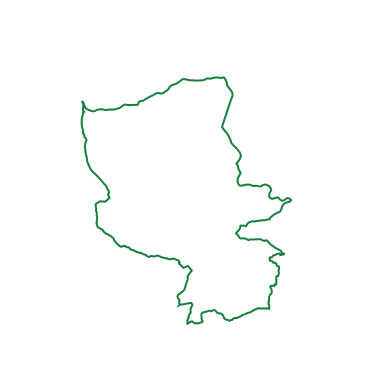 Nadrag, Timis, Romania, rotated 232°
{"feature_id": "2599482B73487370239744", "entity_name": "Nadrag", "entity_type": "district", "adm_level": 2, "iso_a3": "ROU", "parent_name": "Romania", "parent_adm1": "Timis", "projection": "mercator", "projection_center": [22.192, 45.643], "detail": "fine", "context": "isolated", "style": "outline", "palette": "green", "viewbox_px": 384, "rotation_deg": 232, "n_neighbors": 0, "source": "geoboundaries", "source_scale": "gbopen_adm2", "svg_char_len": 5992}
<svg xmlns="http://www.w3.org/2000/svg" viewBox="0 0 384 384"><g transform="rotate(232 192 192)"><path d="M276.5,264.8L281.6,258.9L284.9,256.2L286.3,254.7L286.7,253.9L286.8,248.2L287.1,245.6L288.3,242.7L288.6,241.8L288.6,240.9L288.5,239.2L287.4,235.9L287.4,234.1L287.9,229.5L288.2,228.7L290.5,226.6L291.6,224.9L291.9,224.2L292.4,220.2L293.8,213.4L293.9,210.2L295.5,207.0L295.7,206.2L295.6,205.4L294.2,203.4L294.6,202.1L297.4,198.6L299.3,195.8L301.2,193.9L302.2,192.9L302.5,192.2L302.7,191.0L302.6,188.7L302.8,186.5L304.7,181.9L306.0,179.8L307.8,177.9L309.4,174.8L310.0,174.0L311.9,172.7L312.9,171.7L313.6,170.6L314.8,168.6L316.0,164.4L317.2,163.0L321.0,160.7L322.3,160.1L324.3,159.9L328.0,161.0L331.5,161.6L329.9,160.8L327.5,160.2L326.4,158.8L325.4,158.3L324.9,157.4L324.1,156.6L322.5,156.3L321.6,156.4L321.5,156.2L321.9,155.5L320.1,153.6L319.0,151.9L318.1,150.8L316.1,149.0L312.3,146.1L306.8,143.6L306.2,143.2L305.5,142.2L304.8,142.5L304.2,142.5L303.1,142.2L301.7,141.2L300.5,141.3L298.4,141.1L297.6,140.5L297.2,139.5L295.9,137.9L295.7,137.3L294.9,136.8L294.1,135.7L293.2,135.2L292.4,134.8L288.9,132.5L285.2,130.9L279.8,127.9L278.2,127.7L276.4,126.9L275.2,126.8L273.6,126.4L271.8,126.2L269.5,126.2L262.0,127.3L253.4,127.8L252.3,127.7L249.9,128.0L246.4,127.2L243.8,126.9L242.4,126.0L242.0,124.5L241.1,124.1L239.0,123.7L238.1,123.3L237.9,119.4L237.9,117.9L238.0,117.5L238.5,116.8L240.4,114.8L241.5,113.4L241.5,111.4L241.8,109.3L241.5,108.4L239.8,107.2L238.2,106.5L236.2,104.7L235.2,104.6L234.2,104.1L232.1,102.3L230.4,101.8L229.2,100.3L228.1,99.5L226.3,97.6L225.0,97.0L222.8,96.2L222.1,96.2L221.1,96.5L219.3,97.5L217.1,98.2L215.8,98.0L213.7,98.2L212.3,98.5L210.0,99.9L208.5,100.3L206.5,101.1L203.6,101.5L203.0,101.5L201.9,100.9L196.3,101.1L192.9,102.1L192.3,102.9L191.6,104.7L191.1,105.7L190.8,106.0L189.0,106.5L188.0,107.2L187.4,108.0L186.8,108.2L184.4,108.3L183.0,109.2L182.3,109.9L180.2,111.1L178.9,111.4L178.6,111.6L177.6,112.5L175.9,113.5L175.4,114.5L173.5,114.9L171.0,116.8L169.1,117.1L167.6,117.8L167.1,118.4L166.9,119.9L166.6,120.6L166.4,120.9L164.9,121.9L164.6,122.3L163.9,123.7L163.4,125.3L162.0,126.5L159.1,128.0L158.2,128.8L157.0,129.5L155.3,131.5L153.8,131.8L152.5,133.5L151.6,135.0L150.8,136.8L149.6,137.2L146.5,139.1L145.6,139.1L144.8,138.7L144.2,138.9L143.6,137.7L141.6,138.2L137.6,138.4L137.0,140.1L136.4,143.1L135.1,143.3L130.3,143.5L129.7,141.5L128.6,137.1L125.6,134.6L124.0,132.0L120.8,127.4L119.7,125.7L119.4,123.1L119.5,117.4L118.2,116.0L117.3,115.6L115.2,115.7L114.7,115.5L113.9,115.0L112.7,113.7L111.3,113.1L110.9,112.6L110.7,112.1L110.4,113.7L109.5,114.8L108.6,116.4L106.1,121.5L105.1,123.1L103.8,123.1L102.7,122.6L102.2,121.9L101.2,119.5L100.6,118.7L97.6,116.6L97.2,114.6L96.9,113.9L95.4,111.9L95.0,111.8L94.6,111.4L94.2,110.0L93.1,108.8L92.0,108.3L91.5,107.7L91.0,106.5L91.0,109.2L90.6,109.5L90.7,110.6L90.2,112.0L89.9,112.5L88.4,112.7L87.4,113.3L87.1,113.3L86.8,113.8L85.1,115.2L83.3,119.6L83.3,120.4L83.6,120.8L85.3,121.0L85.9,121.5L86.8,121.9L87.5,122.5L89.5,123.7L90.1,124.5L90.4,125.0L90.4,125.9L89.9,127.4L88.4,130.8L88.0,132.3L87.7,132.8L86.3,133.6L85.9,134.4L85.9,135.7L85.7,136.2L85.2,136.8L84.3,137.4L81.2,137.5L80.8,137.7L80.5,138.2L80.1,138.3L79.3,138.9L78.5,139.9L76.8,140.5L75.2,140.4L72.4,139.5L71.9,139.6L70.0,140.6L68.4,141.8L67.4,142.3L67.2,143.4L66.5,145.1L66.7,146.5L66.5,148.2L65.1,149.7L64.6,152.2L63.9,153.7L64.0,155.1L64.0,156.0L62.8,159.3L62.5,161.4L61.3,163.7L60.9,168.0L59.7,172.6L57.5,174.9L53.7,180.0L52.5,180.8L53.1,181.5L55.1,182.9L56.0,183.3L56.8,183.4L57.5,184.2L58.4,184.7L58.5,185.5L60.4,186.8L61.8,188.0L62.5,189.1L62.8,190.0L63.2,192.2L63.8,193.0L65.0,194.0L66.3,194.7L69.2,195.3L69.4,196.0L69.3,196.8L67.2,199.2L67.2,199.3L68.4,200.4L67.4,201.6L73.5,206.5L72.7,208.2L73.0,208.6L73.7,209.2L74.5,210.5L76.5,211.6L76.9,211.9L77.4,212.9L78.4,213.8L79.8,214.6L81.1,213.5L82.5,213.7L83.4,214.1L84.5,214.2L85.4,213.7L85.9,212.7L86.3,212.5L87.6,212.7L88.3,212.5L89.5,211.4L90.0,211.2L90.9,211.8L91.6,211.9L92.2,212.5L92.4,213.5L91.5,214.1L91.4,214.5L91.4,215.2L91.8,216.2L91.9,217.0L91.3,218.4L90.9,220.4L90.0,222.5L89.7,222.9L89.1,223.1L87.9,222.7L86.3,226.1L86.9,226.5L88.4,225.2L88.7,225.2L90.0,225.7L91.4,225.7L96.6,223.3L97.3,223.2L102.4,221.6L108.1,221.1L108.5,219.8L109.6,218.3L112.5,216.9L113.4,216.2L114.5,214.2L115.9,212.6L116.8,211.1L118.7,208.8L119.0,207.8L119.0,207.2L121.8,205.7L124.0,203.9L125.0,202.2L125.5,201.7L126.5,201.3L129.8,201.6L131.9,201.2L132.3,201.3L132.7,202.4L133.1,205.6L133.8,207.3L135.6,209.6L134.2,211.4L131.8,213.6L132.5,215.3L133.1,217.5L133.0,218.3L132.5,219.3L132.3,219.9L132.2,220.9L131.3,222.1L130.5,222.8L130.1,223.3L129.3,225.1L127.2,228.7L126.4,230.0L125.3,231.3L123.4,235.5L122.9,235.8L122.6,236.3L123.1,236.9L123.5,237.6L123.8,242.2L123.2,246.0L122.5,248.5L122.5,249.4L122.8,250.4L123.5,251.9L125.6,255.0L125.9,256.3L125.9,257.9L125.8,259.2L124.3,262.8L124.2,263.7L124.2,264.3L124.4,264.9L124.9,265.2L126.8,264.8L128.4,263.6L128.7,262.9L128.8,259.6L129.3,258.0L130.3,257.1L132.4,256.7L133.7,256.7L135.2,256.0L135.6,255.2L136.5,252.4L137.3,250.9L138.9,250.0L139.9,249.8L140.8,250.0L141.7,250.5L143.2,252.2L144.3,254.7L144.9,255.8L146.5,256.3L148.8,256.5L151.5,255.4L152.2,254.9L153.4,253.3L153.9,251.7L154.1,249.7L154.6,248.8L157.3,246.6L158.0,245.6L158.8,244.1L159.4,243.6L161.4,242.6L163.2,241.0L164.2,239.5L165.5,236.8L167.0,234.3L167.6,233.7L168.2,233.5L169.4,233.4L171.5,234.0L172.9,234.9L173.7,235.7L175.2,237.8L176.7,241.4L177.1,242.0L177.8,242.2L180.2,242.5L181.2,242.8L183.6,243.8L184.5,244.4L187.1,244.5L187.8,248.0L188.7,250.1L189.9,252.2L191.1,253.3L193.9,254.0L198.6,254.0L204.8,253.2L206.6,253.3L210.4,254.7L216.6,255.8L219.7,255.5L224.4,255.6L225.1,256.2L240.0,278.4L242.9,283.2L244.2,284.2L246.1,285.1L253.9,285.3L254.9,285.6L257.0,286.8L259.5,287.5L261.7,287.8L262.7,287.5L263.4,286.8L263.7,285.5L264.2,284.7L265.9,283.4L267.9,280.7L268.6,279.5L269.7,276.7L272.0,274.0L272.4,273.1L272.7,271.1L273.6,269.0L276.5,264.8Z" fill="none" stroke="#15803d" stroke-width="2"/></g></svg>